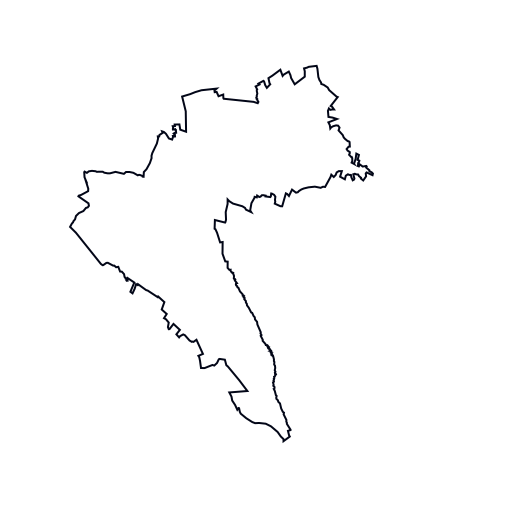 the district of Sarmasag, Salaj, Romania, rotated 241°
{"feature_id": "2599482B62977732214106", "entity_name": "Sarmasag", "entity_type": "district", "adm_level": 2, "iso_a3": "ROU", "parent_name": "Romania", "parent_adm1": "Salaj", "projection": "robinson", "projection_center": [22.809, 47.327], "detail": "fine", "context": "isolated", "style": "outline", "palette": "ink", "viewbox_px": 512, "rotation_deg": 241, "n_neighbors": 0, "source": "geoboundaries", "source_scale": "gbopen_adm2", "svg_char_len": 6140}
<svg xmlns="http://www.w3.org/2000/svg" viewBox="0 0 512 512"><g transform="rotate(241 256 256)"><path d="M289.3,392.6L290.8,391.5L294.5,395.0L296.9,393.4L292.7,390.3L289.2,386.5L288.8,386.5L291.3,384.9L292.4,386.3L294.9,387.6L296.0,387.7L296.0,387.4L299.4,386.5L300.5,387.9L301.5,388.4L303.8,387.2L305.6,387.1L306.7,389.9L306.2,391.1L310.3,393.1L311.4,392.7L312.0,391.9L315.4,390.6L317.2,390.2L319.7,390.5L325.8,389.1L327.8,391.3L330.2,391.0L331.4,389.4L332.1,386.4L332.1,384.2L331.5,382.8L334.7,384.0L337.8,384.1L336.6,393.2L340.0,390.0L342.5,386.8L348.1,389.3L349.7,391.3L347.8,391.8L347.2,393.7L346.3,395.3L349.7,394.9L351.0,394.1L355.4,404.5L356.4,403.7L365.6,400.4L368.6,400.4L372.9,398.2L374.8,396.5L376.2,397.0L379.2,396.8L382.3,397.3L390.0,400.5L392.9,401.2L395.9,393.8L396.0,391.9L396.8,389.0L393.9,388.2L389.2,385.6L387.4,373.1L394.6,373.0L397.5,373.8L401.4,374.1L401.2,368.2L400.6,366.6L407.1,367.6L405.8,357.8L405.5,353.1L400.6,351.6L399.3,351.7L397.8,347.0L401.0,346.9L404.8,347.7L405.6,347.4L405.6,341.7L404.3,342.1L404.5,337.9L401.2,337.8L401.1,337.4L400.0,336.7L397.4,335.9L395.8,334.3L394.8,333.9L394.5,333.1L393.1,332.7L392.7,333.2L391.6,332.7L389.6,332.8L388.8,331.6L392.0,328.6L409.2,304.0L409.9,304.0L413.1,305.6L413.9,300.7L418.6,301.1L419.3,299.3L420.9,299.9L421.5,302.7L427.4,288.7L428.8,282.3L429.5,276.8L431.3,268.7L416.6,264.7L398.6,255.1L403.2,251.0L408.2,252.8L410.4,248.6L409.0,248.1L409.9,246.1L408.5,245.8L407.3,244.8L406.8,244.7L406.1,246.8L404.9,246.5L404.8,246.9L402.5,245.9L403.1,244.3L403.0,243.4L401.5,243.9L399.8,243.1L399.9,242.8L400.9,242.6L401.3,241.5L400.4,241.2L398.5,239.1L401.0,236.8L406.5,236.5L409.1,235.6L410.5,234.3L408.9,234.1L408.7,230.3L407.5,229.3L408.2,228.1L406.2,227.3L402.4,223.8L396.3,215.2L394.3,213.2L392.2,212.1L388.7,208.2L385.0,202.3L383.8,198.6L379.8,196.1L380.4,195.3L381.2,195.4L383.2,193.7L383.7,193.0L383.9,191.7L388.2,189.1L390.8,186.1L392.5,183.0L391.9,180.3L397.7,173.9L399.1,168.4L400.1,166.5L402.4,163.7L404.0,162.8L406.9,157.5L407.9,156.8L410.0,153.8L411.1,150.8L410.7,148.4L412.9,147.0L412.6,146.4L408.0,144.2L403.6,143.7L403.9,143.5L396.1,141.9L394.1,140.6L394.2,132.7L394.7,130.2L394.3,129.6L383.3,135.0L380.9,134.2L380.1,132.4L380.5,130.6L379.0,126.8L379.4,122.0L378.3,118.0L375.8,115.5L375.0,113.3L374.1,112.2L373.7,110.8L371.6,107.5L363.6,109.8L324.2,116.5L322.3,117.4L322.1,118.0L322.5,121.8L321.9,123.1L316.8,126.4L316.3,127.4L314.0,128.2L313.3,130.3L308.3,129.6L307.3,131.1L304.1,131.8L301.4,130.9L299.7,131.3L299.4,131.0L298.1,131.6L297.5,130.8L297.0,130.9L296.7,131.7L298.7,132.2L299.2,132.9L291.8,136.7L285.6,128.8L283.2,129.9L286.1,133.9L289.5,137.5L288.0,138.4L288.6,139.1L279.4,143.4L278.3,144.5L267.6,150.1L268.0,150.8L260.1,153.5L254.9,147.6L248.6,149.8L246.2,145.4L244.3,146.6L240.1,147.4L236.5,144.5L234.3,144.2L234.0,144.9L236.6,150.9L228.3,153.6L226.1,148.4L222.1,149.3L222.7,150.7L222.7,154.3L221.2,155.4L214.3,156.9L212.1,158.2L212.1,158.7L211.2,159.7L211.6,163.3L196.1,162.1L196.6,157.2L195.0,157.3L191.4,156.2L184.7,153.6L182.9,156.7L181.8,165.1L180.4,166.4L181.3,170.0L183.7,173.4L183.6,174.3L180.4,178.5L174.8,177.1L173.1,177.8L155.5,181.1L142.1,183.0L149.6,166.5L144.9,166.4L141.1,165.1L135.9,165.5L130.6,165.1L131.5,167.0L131.1,167.4L127.5,166.3L125.5,166.2L118.9,168.8L112.6,172.2L110.2,174.2L108.5,177.7L104.6,183.2L99.8,186.5L91.6,189.6L86.1,190.2L82.5,191.3L80.7,190.3L81.7,198.0L83.2,198.0L87.6,199.2L87.0,201.8L87.3,202.0L94.2,201.6L95.3,202.2L96.4,202.2L97.9,203.1L104.1,203.4L105.4,204.5L106.7,203.9L110.4,204.1L115.4,205.5L117.7,204.8L119.2,205.2L121.1,204.6L122.1,204.9L123.6,206.2L124.6,205.9L128.8,207.0L131.0,207.1L130.9,207.6L131.9,208.4L132.8,208.7L134.1,208.2L134.9,209.0L137.2,209.6L137.2,210.4L137.6,210.9L138.7,211.0L139.1,211.8L140.0,212.0L140.3,212.8L141.6,213.3L141.5,213.8L142.1,214.9L143.3,215.4L142.7,215.7L142.8,216.1L145.0,216.1L145.4,216.9L147.0,217.0L148.7,218.5L150.8,219.4L152.3,219.3L154.4,220.7L155.4,220.7L156.9,221.6L159.9,222.4L160.8,222.0L161.0,222.5L161.6,222.4L162.3,221.6L163.2,222.7L163.4,222.2L164.4,222.0L165.2,222.3L165.1,223.2L165.5,223.3L166.4,222.1L166.6,223.1L168.3,222.9L168.7,222.1L169.6,221.9L170.0,222.0L169.6,222.3L170.0,223.1L171.0,222.4L171.1,222.9L172.5,222.7L173.4,221.4L174.6,221.6L178.6,220.7L179.5,221.3L183.9,221.4L184.2,222.5L186.1,222.4L187.0,223.2L195.4,224.0L197.9,225.0L201.0,224.4L203.0,225.2L204.7,224.8L208.1,225.1L209.0,224.4L214.2,224.6L217.2,224.2L218.7,224.8L220.2,224.6L221.5,225.3L223.8,224.8L224.7,225.7L225.7,225.1L226.5,225.3L226.8,226.2L227.5,226.0L227.9,225.2L229.1,225.7L232.8,224.8L236.7,225.2L237.6,224.6L238.7,224.9L239.9,224.4L241.1,224.7L241.6,225.3L241.5,225.9L242.0,225.7L242.2,226.1L244.8,225.6L245.4,226.5L245.8,226.5L246.1,225.9L247.1,225.7L249.2,227.1L251.4,227.5L252.6,227.1L252.7,227.6L253.9,226.7L255.6,226.6L256.3,227.1L256.8,226.0L259.4,225.4L264.8,228.5L266.2,226.5L274.2,227.8L284.4,233.6L285.3,231.2L295.2,233.2L299.1,233.5L299.9,233.0L307.4,237.5L300.2,245.2L300.4,245.6L302.3,247.4L309.1,250.8L315.3,256.4L319.2,258.6L316.9,259.2L313.0,261.3L306.1,268.2L303.4,269.7L301.4,269.7L296.7,273.1L298.7,273.0L304.4,277.6L307.6,282.8L308.4,283.5L306.9,285.1L308.3,286.3L306.0,287.5L305.7,288.7L306.3,290.5L305.7,291.8L304.1,293.7L303.5,293.2L300.6,297.1L301.0,297.9L303.3,299.6L302.9,300.1L300.7,301.5L298.5,301.7L295.9,299.8L294.2,299.2L292.7,297.8L287.7,301.5L286.8,303.0L296.3,312.5L295.0,313.4L292.5,313.9L296.6,319.7L292.0,321.7L291.5,323.5L292.0,325.0L292.2,327.9L291.9,330.5L290.6,335.2L288.1,341.1L284.3,345.6L284.1,348.2L282.9,349.9L288.9,359.4L290.6,361.3L287.4,362.3L288.2,364.9L290.0,367.1L290.1,369.5L288.6,372.2L284.6,368.0L280.0,370.9L282.7,373.5L282.9,376.0L281.7,376.9L280.9,378.3L278.7,377.6L275.3,377.3L275.3,378.7L276.0,379.6L280.3,380.7L280.0,382.3L278.8,383.2L277.8,384.8L275.9,384.8L273.5,385.8L272.9,385.3L270.1,386.4L272.3,390.9L275.0,392.0L275.5,393.2L270.2,397.1L271.4,398.2L273.0,397.8L275.3,396.3L276.1,396.7L279.7,395.3L280.6,395.3L280.8,396.2L281.3,396.1L282.5,392.7L285.8,391.2L284.5,389.4L285.5,388.6L287.0,390.2L287.7,390.3L288.3,391.7L289.3,392.6Z" fill="none" stroke="#020617" stroke-width="2"/></g></svg>